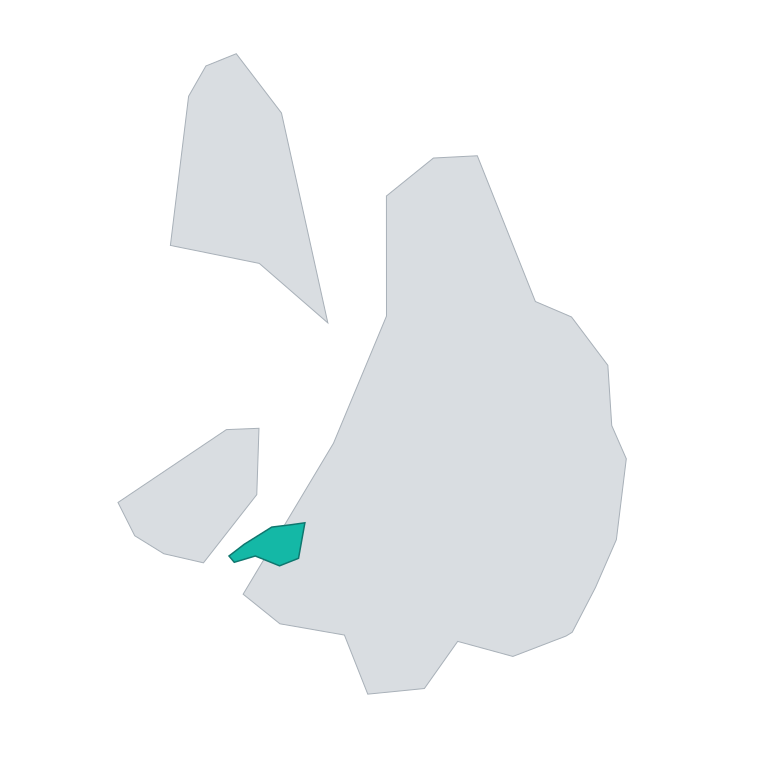 Kwun Tong on a map of Hong Kong S.A.R. (Mercator projection), rotated 97°
{"feature_id": "HKG-5161", "entity_name": "Kwun Tong", "entity_type": "state/province", "adm_level": 1, "iso_a3": "HKG", "parent_name": "Hong Kong S.A.R.", "parent_adm1": "", "projection": "mercator", "projection_center": [114.229, 22.308], "detail": "fine", "context": "in_parent", "style": "filled", "palette": "teal", "viewbox_px": 768, "rotation_deg": 97, "n_neighbors": 0, "source": "natural_earth", "source_scale": "10m", "svg_char_len": 820}
<svg xmlns="http://www.w3.org/2000/svg" viewBox="0 0 768 768"><g transform="rotate(97 384 384)"><path d="M294.6,206.1L298.1,202.7L338.2,164.1L397.5,152.9L428.7,134.4L510.2,134.4L560.2,149.3L607.4,166.9L611.9,172.5L638.7,222.9L630.5,279.5L681.3,306.8L693.8,362.3L638.0,392.7L634.7,458.1L609.8,498.2L448.9,426.9L316.3,389.8L197.1,404.5L153.7,362.5L146.1,319.2L283.7,243.8L294.6,206.1ZM272.5,612.9L122.2,613.0L90.0,599.5L74.2,570.9L127.5,518.8L330.2,447.2L279.5,522.5L272.5,612.9ZM565.0,612.9L534.0,633.6L448.5,534.9L443.2,502.7L509.3,496.8L583.5,541.4L579.3,581.9L565.0,612.9Z" fill="#d9dde1" stroke="#a8b0b8" stroke-width="1"/><path d="M579.2,510.9L573.6,516.9L560.1,503.2L539.7,478.0L535.3,460.2L531.4,445.6L567.4,447.6L577.2,465.5L570.4,490.8L579.2,510.9Z" fill="#14b8a6" stroke="#0f766e" stroke-width="1.5"/></g></svg>